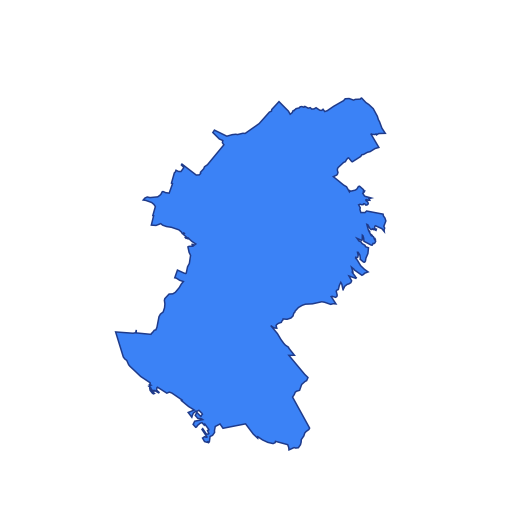 Cungrea, Olt, Romania, rotated 27°
{"feature_id": "2599482B31461522187781", "entity_name": "Cungrea", "entity_type": "district", "adm_level": 2, "iso_a3": "ROU", "parent_name": "Romania", "parent_adm1": "Olt", "projection": "robinson", "projection_center": [24.401, 44.69], "detail": "fine", "context": "isolated", "style": "filled", "palette": "blue", "viewbox_px": 512, "rotation_deg": 27, "n_neighbors": 0, "source": "geoboundaries", "source_scale": "gbopen_adm2", "svg_char_len": 6137}
<svg xmlns="http://www.w3.org/2000/svg" viewBox="0 0 512 512"><g transform="rotate(27 256 256)"><path d="M373.4,413.8L376.9,409.4L378.6,409.1L380.8,407.6L381.3,403.9L380.7,401.3L379.7,399.0L380.3,394.6L379.8,391.7L380.3,389.7L381.9,386.6L381.9,385.0L352.6,365.1L353.0,362.2L352.8,359.6L353.5,358.1L355.8,355.9L355.0,349.7L356.7,345.4L357.7,344.1L357.5,340.7L353.0,339.3L330.4,329.6L335.3,327.0L327.4,323.4L326.3,322.5L322.7,322.1L320.3,321.2L316.0,319.0L310.3,315.4L300.7,311.3L304.6,311.9L307.3,310.9L305.5,308.9L305.5,307.9L306.5,305.9L308.7,303.6L308.6,302.2L309.0,300.9L308.7,299.8L312.4,298.3L315.3,295.4L316.2,292.7L315.6,289.7L316.1,288.8L315.9,287.3L317.2,282.6L319.6,278.9L321.9,276.5L328.0,273.0L335.4,266.9L338.0,266.1L344.5,265.2L346.5,263.4L349.0,262.4L341.4,258.0L342.2,257.3L345.7,256.7L346.4,255.4L346.1,254.0L343.4,250.9L343.8,249.2L344.6,248.5L343.6,244.4L343.5,241.0L345.2,242.1L349.3,247.1L348.8,246.0L348.9,243.8L348.6,243.2L350.1,239.9L351.4,238.7L352.6,236.7L352.5,234.7L347.9,231.6L355.1,230.6L355.2,229.8L354.2,229.7L353.9,229.2L349.7,227.2L349.1,226.7L349.7,226.3L346.2,222.6L349.3,223.3L349.6,223.7L359.1,225.1L360.3,223.4L360.4,222.3L363.1,219.3L358.5,218.6L353.6,217.1L348.2,213.7L345.7,212.7L345.5,212.2L345.5,211.7L346.6,211.7L347.2,211.1L346.8,209.1L344.7,206.6L345.3,206.3L348.1,208.0L349.9,210.5L350.2,211.6L354.5,212.6L355.6,212.2L355.8,210.8L354.9,207.9L354.6,203.0L352.5,197.6L349.3,198.0L348.3,197.0L345.0,196.8L343.0,195.8L340.9,195.9L338.0,194.4L343.2,194.1L343.3,193.4L341.3,189.2L342.1,189.4L343.8,191.2L345.5,193.9L353.7,194.0L354.6,193.6L354.6,191.6L355.4,191.5L356.0,190.3L355.9,188.4L354.3,187.5L354.7,186.9L353.9,186.4L353.6,187.0L351.9,185.5L349.9,185.5L350.1,184.9L349.2,184.6L349.0,185.2L345.9,183.0L346.2,182.7L345.6,182.3L345.3,182.5L344.1,181.6L340.4,177.5L341.4,177.4L345.2,179.9L346.6,180.2L347.1,179.4L347.7,179.3L347.4,179.1L347.6,178.7L351.3,178.7L351.1,177.4L349.1,177.8L348.4,175.5L348.8,174.8L355.7,174.5L359.2,176.0L358.2,174.5L358.0,172.7L356.4,171.5L355.8,165.8L353.6,163.6L351.4,162.5L350.2,161.0L334.1,165.7L333.4,167.8L329.7,169.7L327.4,167.3L327.0,165.7L324.2,163.8L325.2,162.6L327.0,162.3L328.2,161.5L328.1,160.7L328.4,160.4L329.2,160.2L330.7,160.8L331.7,160.2L332.3,158.9L332.1,158.1L330.9,157.1L328.8,156.7L328.4,156.0L329.0,155.4L330.6,155.4L332.1,154.7L330.6,153.6L332.4,152.0L326.1,153.3L325.1,153.1L322.6,151.6L323.3,150.1L323.3,148.8L322.2,149.3L322.1,148.4L321.3,148.0L316.6,146.8L315.7,147.6L315.5,150.4L314.6,152.2L310.9,155.3L309.0,155.0L310.3,155.7L310.2,156.5L305.2,153.2L301.8,153.0L288.9,150.2L291.2,147.2L291.4,146.1L291.1,144.3L289.8,143.0L289.0,141.5L289.0,139.9L291.6,132.8L292.8,131.4L292.9,128.9L293.4,127.1L294.0,126.5L298.4,128.4L299.1,128.3L304.1,119.8L304.3,117.7L305.7,116.7L308.2,113.0L310.3,111.2L313.3,106.2L316.2,103.5L302.7,94.9L304.0,95.0L305.6,94.3L306.8,93.8L307.5,92.8L308.4,93.4L309.7,91.2L315.5,88.0L310.1,84.9L305.0,80.2L303.2,79.0L300.7,76.4L293.6,71.5L287.7,69.8L284.3,69.4L278.4,67.3L277.9,67.8L277.7,68.9L273.3,71.4L272.2,72.8L267.5,73.4L264.1,75.4L263.5,77.8L257.2,87.4L253.5,94.2L251.7,96.1L249.1,94.8L248.5,96.4L246.8,97.2L242.2,96.6L240.9,98.6L238.9,99.8L237.0,99.2L235.4,100.6L231.8,100.5L231.2,100.8L231.3,101.5L230.9,101.8L229.0,102.0L227.6,103.0L227.3,104.4L224.7,106.6L224.7,107.2L223.8,108.7L224.0,109.1L223.0,109.9L223.2,111.7L222.1,114.2L219.1,112.2L206.4,108.0L203.5,118.3L204.0,119.9L202.6,121.7L198.7,136.6L190.7,151.7L188.6,152.6L184.4,156.2L182.7,156.7L179.8,158.6L175.6,162.5L161.8,162.7L161.5,165.6L170.2,168.4L174.0,168.2L174.6,170.3L176.9,171.5L171.3,196.7L169.6,199.9L169.8,202.0L168.5,206.6L169.2,207.5L168.6,209.5L166.0,211.0L148.3,207.7L148.2,208.8L151.1,209.7L151.5,210.2L150.8,214.8L148.5,215.9L145.8,215.9L146.0,217.7L145.5,219.0L147.6,229.5L148.8,229.5L150.1,239.4L146.7,240.6L144.2,240.7L143.3,241.2L143.2,244.6L141.6,247.9L135.0,252.1L132.3,252.8L130.7,254.8L130.1,257.3L132.6,256.5L138.7,255.7L141.7,256.4L143.9,257.7L145.7,266.8L146.5,266.6L148.7,276.0L153.0,274.2L156.4,270.4L158.8,270.9L162.8,270.4L167.7,268.8L175.3,267.7L178.3,268.4L180.2,269.5L181.0,269.5L181.1,269.1L180.8,269.0L181.1,268.2L181.9,268.4L181.1,269.6L185.5,270.8L184.7,271.7L185.6,272.0L185.9,271.2L185.6,270.9L186.7,270.9L186.7,271.6L187.6,271.6L187.6,270.8L192.3,272.1L196.9,272.6L196.0,274.5L194.6,274.3L193.8,274.7L194.4,275.4L195.1,274.9L194.9,274.6L195.9,274.7L195.3,276.0L191.9,277.8L191.2,278.8L194.8,283.2L197.4,285.1L200.0,292.9L199.9,296.7L201.6,302.9L201.4,303.5L199.8,303.9L192.4,304.2L193.5,312.3L195.1,311.9L199.1,312.3L202.9,311.7L202.2,314.8L202.0,318.9L200.6,325.0L199.0,327.5L195.8,329.4L194.1,335.3L194.5,337.1L196.6,340.1L198.0,343.6L198.7,348.0L197.2,351.2L197.1,354.1L200.1,364.5L200.3,367.3L199.1,368.3L198.4,371.7L198.0,372.2L198.0,373.5L184.2,378.9L182.9,376.2L183.6,379.0L181.6,380.6L165.4,387.4L183.6,406.2L185.8,407.3L188.2,407.7L191.9,410.7L193.7,411.5L208.0,415.7L219.2,417.0L219.7,417.8L219.4,418.8L221.1,418.8L219.6,420.6L221.1,420.9L221.2,421.9L222.7,423.8L226.0,425.3L227.2,425.4L227.9,424.6L223.4,423.6L222.6,422.9L222.9,422.5L222.8,421.9L223.7,422.6L225.5,422.7L226.4,422.7L226.1,422.1L226.4,421.9L231.4,422.1L231.5,421.5L228.2,420.6L227.5,418.1L227.8,417.6L238.8,418.7L240.6,416.6L243.2,416.3L255.6,417.9L255.2,418.7L264.1,420.7L270.9,421.3L266.6,426.2L272.0,428.8L271.6,426.4L271.6,424.3L273.0,421.6L274.2,420.8L275.2,419.4L279.2,420.7L280.1,421.3L279.5,423.5L280.3,424.3L274.3,422.2L274.2,425.6L277.8,427.1L281.4,425.8L282.8,426.0L276.4,431.0L276.4,434.6L280.0,436.0L280.6,435.4L280.9,433.3L282.2,430.3L283.5,429.0L286.7,430.2L286.7,429.0L292.4,431.8L292.9,432.3L292.0,433.5L294.6,435.6L294.3,436.3L293.3,436.9L292.6,437.2L286.9,434.0L286.6,435.1L294.5,439.5L294.0,440.1L292.2,440.3L291.0,442.5L294.4,444.7L297.1,444.2L297.3,443.3L297.6,443.2L298.2,443.5L298.3,444.5L298.8,442.7L297.0,437.7L298.7,435.5L299.2,432.0L298.2,430.3L297.1,426.4L300.2,422.0L304.8,424.5L322.9,410.3L334.4,415.9L340.3,417.6L340.0,416.8L338.9,416.1L345.3,416.9L351.1,416.7L356.4,415.4L357.8,413.6L357.5,412.3L369.9,409.7L372.1,411.8L373.4,413.8Z" fill="#3b82f6" stroke="#1e3a8a" stroke-width="1.5"/></g></svg>